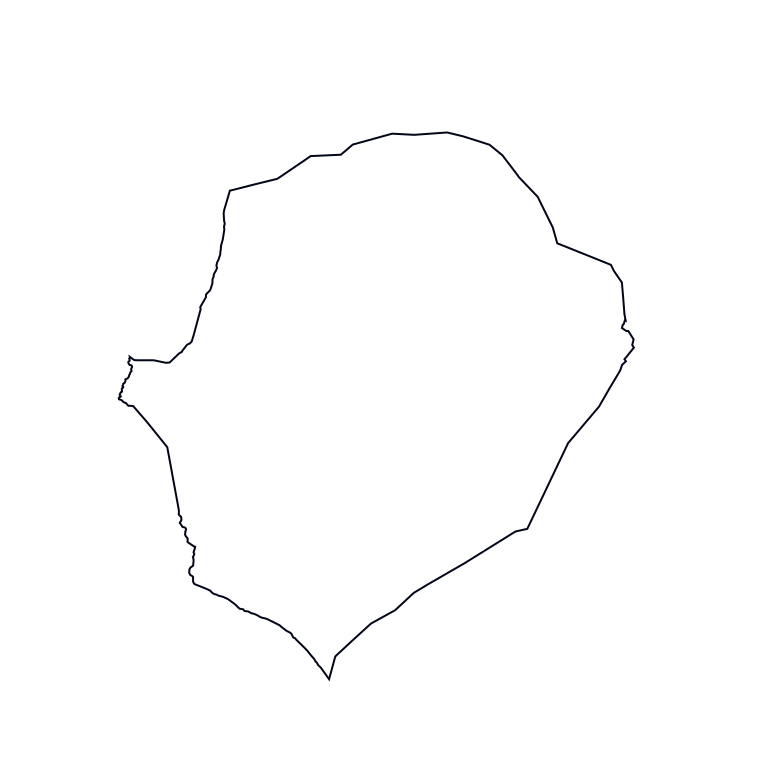 San Pedro Quiatoni, Oaxaca, Mexico (Mercator projection), rotated 244°
{"feature_id": "50627088B74520915461068", "entity_name": "San Pedro Quiatoni", "entity_type": "district", "adm_level": 2, "iso_a3": "MEX", "parent_name": "Mexico", "parent_adm1": "Oaxaca", "projection": "mercator", "projection_center": [-96.033, 16.765], "detail": "fine", "context": "isolated", "style": "outline", "palette": "ink", "viewbox_px": 768, "rotation_deg": 244, "n_neighbors": 0, "source": "geoboundaries", "source_scale": "gbopen_adm2", "svg_char_len": 3094}
<svg xmlns="http://www.w3.org/2000/svg" viewBox="0 0 768 768"><g transform="rotate(244 384 384)"><path d="M287.2,126.0L277.6,134.7L274.7,137.0L273.3,137.6L272.2,137.8L269.6,139.3L268.5,140.8L266.4,142.4L263.2,146.1L258.9,149.6L257.1,150.5L251.4,153.5L248.9,154.4L245.3,155.7L243.4,158.5L241.1,159.2L239.1,162.2L236.0,164.4L234.2,166.7L230.9,169.3L228.9,170.5L227.8,171.5L224.4,175.6L212.8,184.5L212.0,184.7L205.2,188.0L201.4,190.8L199.9,191.3L195.9,191.3L194.7,192.5L191.9,193.3L182.1,196.8L179.6,197.6L177.8,198.2L173.4,199.1L167.0,200.8L164.7,200.8L163.1,201.5L160.2,201.6L156.7,202.9L142.7,205.2L160.5,220.8L167.1,242.5L174.4,267.3L175.8,294.8L179.7,307.7L183.2,319.1L184.7,336.0L187.6,377.8L193.8,437.5L191.0,449.3L250.2,523.6L260.3,546.6L269.4,567.3L276.4,577.7L280.3,583.4L283.6,588.4L292.6,602.2L296.8,606.4L298.4,611.4L300.8,611.0L307.1,624.5L310.2,624.2L314.7,627.9L324.6,626.8L325.3,625.1L330.0,622.4L332.4,624.4L332.9,625.9L335.8,628.5L335.1,629.0L341.3,630.7L355.2,636.2L370.9,642.3L384.9,640.2L391.6,640.2L414.3,619.7L434.5,601.4L450.6,604.3L484.8,604.2L510.6,596.0L515.7,595.1L537.6,590.7L552.8,583.7L571.9,563.7L582.4,551.0L594.7,520.4L605.4,501.1L612.9,460.9L609.0,445.7L621.0,418.0L620.2,412.8L617.7,395.5L615.2,378.2L620.2,354.9L625.3,330.2L610.3,316.5L607.7,314.7L600.7,311.8L598.0,311.2L595.1,308.9L593.1,308.4L584.5,302.4L579.8,298.2L576.5,296.3L574.1,294.6L572.4,293.7L568.6,290.1L566.4,287.3L563.9,285.3L561.3,284.7L559.1,282.0L557.7,279.8L556.5,278.6L555.4,278.2L553.3,275.8L549.6,273.8L544.6,269.0L542.5,263.3L540.1,262.0L533.6,252.5L531.6,252.0L511.2,234.2L506.4,229.7L506.3,229.4L505.6,227.3L505.6,224.1L502.4,217.6L501.5,216.3L501.3,213.2L497.3,200.8L498.7,197.2L506.3,187.4L513.1,173.4L515.0,170.0L519.7,167.5L519.2,167.4L518.7,166.2L517.8,166.1L516.8,165.8L516.3,165.3L516.1,164.0L514.5,163.4L512.8,163.7L511.9,164.8L511.1,165.3L509.8,165.1L508.2,163.2L506.3,162.8L505.6,161.1L504.1,159.7L503.7,158.8L502.4,157.9L501.4,155.9L501.6,153.7L499.7,152.6L498.8,151.4L498.6,149.8L497.9,149.4L496.9,148.0L495.7,148.4L495.2,148.0L495.0,147.1L494.7,146.3L493.8,145.8L492.9,145.6L492.1,145.2L491.8,144.6L492.0,144.0L491.8,143.5L491.3,143.1L490.4,141.8L488.2,142.0L488.0,141.4L488.5,141.0L488.1,140.3L487.5,139.4L486.4,139.1L484.7,141.0L482.0,141.9L480.8,142.9L479.9,143.8L478.0,144.2L476.5,144.7L475.5,146.7L474.0,148.9L453.8,154.3L422.2,161.5L361.9,144.7L359.8,144.0L357.7,142.9L356.6,142.3L355.3,142.7L353.6,143.4L350.9,142.5L349.8,141.5L349.1,139.9L348.6,139.5L347.5,139.8L343.8,140.3L342.4,142.0L341.4,142.5L340.8,142.5L340.1,142.3L339.2,141.6L338.8,140.9L338.0,140.7L337.4,140.1L335.9,139.2L334.3,139.1L331.2,139.8L329.7,139.1L328.4,138.2L327.6,138.4L321.3,142.0L321.1,142.5L320.4,142.9L319.1,141.9L316.3,139.1L315.5,139.0L314.5,139.0L314.1,138.8L313.3,137.8L312.4,136.7L312.3,136.4L310.1,136.0L308.2,135.2L307.1,134.4L304.5,132.9L304.1,131.3L303.9,129.9L303.8,129.5L302.6,127.8L302.0,127.3L301.5,127.2L300.4,126.6L299.8,126.2L297.5,126.1L296.3,126.9L296.1,127.1L294.3,127.8L290.1,125.8L289.1,125.7L287.2,126.0Z" fill="none" stroke="#020617" stroke-width="2"/></g></svg>